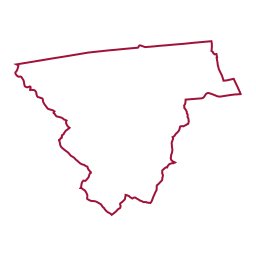 the district of Straja, Suceava, Romania
{"feature_id": "2599482B93215952013067", "entity_name": "Straja", "entity_type": "district", "adm_level": 2, "iso_a3": "ROU", "parent_name": "Romania", "parent_adm1": "Suceava", "projection": "orthographic", "projection_center": [25.518, 47.9], "detail": "fine", "context": "isolated", "style": "outline", "palette": "rose", "viewbox_px": 256, "rotation_deg": 0, "n_neighbors": 0, "source": "geoboundaries", "source_scale": "gbopen_adm2", "svg_char_len": 5679}
<svg xmlns="http://www.w3.org/2000/svg" viewBox="0 0 256 256"><path d="M236.3,84.4L233.7,78.8L230.6,79.5L226.6,80.4L223.5,80.7L223.1,79.2L222.3,76.6L221.9,75.4L221.0,73.7L218.7,68.8L218.2,66.2L217.9,65.9L217.7,64.4L217.5,62.5L216.6,57.6L217.1,57.4L216.4,54.0L214.5,54.3L213.9,53.5L213.4,53.4L213.2,52.9L212.8,51.9L211.5,51.1L211.9,46.5L211.8,43.3L211.4,41.2L193.5,42.8L183.7,43.8L175.0,44.5L167.4,45.2L166.2,45.3L159.6,45.8L153.9,46.4L145.1,47.1L140.4,45.4L139.4,45.5L137.9,47.7L127.7,48.6L117.2,49.6L113.0,50.0L109.4,50.3L96.3,51.7L88.0,52.6L79.1,54.1L64.7,56.5L54.5,58.1L21.9,63.5L16.5,64.4L17.3,64.8L18.1,65.4L18.4,65.7L18.4,65.9L18.3,66.4L18.0,67.3L17.6,68.7L17.2,69.9L16.3,71.4L15.4,72.4L15.4,73.2L15.5,73.8L15.7,74.1L16.6,75.3L17.5,76.1L18.3,76.6L18.8,76.7L20.6,76.6L20.9,76.7L21.3,76.9L22.4,78.6L23.1,79.6L23.5,80.3L23.7,81.0L23.9,81.9L24.5,85.4L24.9,86.3L26.0,87.0L26.6,87.2L27.2,87.3L27.4,87.2L27.9,87.2L28.5,87.0L29.5,86.5L30.0,86.5L30.4,86.7L30.6,87.3L30.5,88.1L30.1,89.5L30.1,89.8L30.1,90.0L30.4,90.1L31.0,89.9L31.7,89.8L32.3,90.0L33.2,89.9L34.6,90.3L35.5,91.2L36.1,92.1L36.3,93.0L36.5,94.5L37.2,96.4L38.0,97.1L39.2,97.4L42.2,98.4L42.7,99.0L42.9,100.2L43.1,101.5L43.6,102.8L44.3,104.0L46.7,107.3L48.1,108.9L49.3,109.3L51.2,109.8L53.2,110.5L54.5,111.4L53.5,112.9L53.7,113.2L54.6,113.8L55.8,115.6L56.6,116.4L57.1,116.5L58.1,116.7L59.6,117.1L61.4,117.6L62.3,118.1L63.0,118.6L63.7,119.2L64.0,119.5L64.4,119.7L65.1,119.8L65.8,120.2L66.6,120.6L66.3,121.2L66.1,121.7L66.1,122.4L66.0,122.8L66.1,123.1L66.6,124.4L67.0,125.2L67.2,125.5L67.7,126.3L68.3,126.8L68.9,127.4L69.4,127.7L69.6,127.8L69.5,128.0L68.6,128.6L68.0,129.0L67.6,129.5L67.0,129.9L66.1,130.4L65.6,130.9L65.2,131.5L64.5,132.5L64.2,132.9L64.0,133.2L64.0,133.3L63.9,133.7L63.8,133.9L63.6,134.1L63.4,134.3L63.0,134.7L62.5,134.8L62.2,135.0L61.9,135.5L61.9,136.3L61.9,137.3L61.8,137.5L61.6,137.4L61.3,137.5L61.1,138.2L60.9,138.4L60.7,138.5L60.4,138.6L60.3,138.8L60.0,139.4L59.8,139.7L59.3,139.9L59.0,140.0L59.0,140.4L59.2,140.8L59.6,141.7L59.9,142.9L60.1,144.3L60.3,145.2L60.6,145.9L61.0,146.7L61.6,147.3L62.1,147.9L63.7,149.2L64.5,149.9L66.3,151.2L67.9,152.4L69.0,153.5L69.8,154.5L70.2,155.0L70.7,155.6L72.3,156.6L73.7,157.4L74.6,158.2L75.5,159.3L77.2,160.7L78.1,161.5L80.1,163.3L81.9,164.3L83.4,164.7L84.1,164.9L84.6,165.2L84.9,165.5L86.0,166.1L86.4,166.3L87.0,166.5L87.4,166.7L87.5,167.0L87.8,168.0L88.0,168.8L89.1,170.3L89.6,170.8L89.9,171.3L90.5,172.0L90.8,172.1L90.9,172.4L90.9,172.8L89.9,173.5L89.7,174.0L89.4,174.5L88.8,176.7L88.7,176.9L88.5,177.3L87.8,178.2L87.1,179.1L86.6,179.6L86.0,180.3L85.5,180.8L85.2,180.8L84.8,180.8L83.4,180.6L82.5,181.7L82.1,182.3L81.9,182.8L81.6,183.7L81.1,187.0L81.0,187.4L80.6,188.0L80.8,188.0L81.2,188.1L81.8,188.3L82.3,188.7L83.0,189.3L83.5,189.6L84.3,190.1L85.0,190.7L85.4,191.2L85.9,192.0L86.2,192.5L87.1,194.5L87.3,195.0L87.3,195.6L87.3,196.8L87.1,198.5L87.2,198.9L88.1,199.5L88.6,199.8L89.4,200.2L90.2,200.6L90.7,200.8L91.2,200.9L92.0,201.0L93.7,201.1L94.6,201.2L95.1,201.3L95.8,201.5L96.5,201.8L97.7,202.4L98.6,203.0L99.5,203.4L100.6,204.1L101.3,204.7L101.4,204.9L102.7,206.9L103.5,207.6L104.0,208.0L104.8,209.3L105.4,210.0L106.1,210.8L107.6,212.1L109.2,212.9L109.8,213.3L110.7,213.8L111.3,214.4L111.7,214.8L111.9,214.6L113.3,213.7L113.9,213.1L114.3,212.9L115.6,211.8L116.5,210.9L117.2,210.2L117.9,209.4L118.4,208.9L118.6,208.8L119.5,208.5L119.9,208.2L120.2,207.6L120.5,206.9L120.6,205.8L120.4,205.4L120.3,205.1L120.1,204.5L120.1,204.1L120.1,203.8L120.3,203.4L120.6,203.1L121.1,202.8L122.0,202.1L122.5,201.7L122.9,201.4L123.3,200.9L123.5,200.6L124.0,200.2L124.5,199.7L124.8,199.4L124.9,199.1L125.0,198.8L125.1,198.0L125.2,197.2L125.5,196.3L125.6,194.9L126.8,195.2L127.1,195.3L127.5,195.4L128.1,195.7L128.4,195.9L128.8,196.0L129.2,196.2L129.4,196.5L129.9,197.0L130.2,197.2L131.7,198.1L132.3,198.5L132.7,198.3L133.6,197.8L134.3,197.5L134.9,197.5L135.5,197.7L136.2,198.2L137.2,198.8L138.6,199.6L140.0,200.6L140.7,200.7L141.6,201.1L142.5,201.6L143.9,202.1L144.2,202.1L145.0,202.0L146.1,202.1L146.3,202.2L146.8,202.5L150.4,203.0L151.2,202.0L151.9,200.7L153.1,197.4L155.1,192.8L156.6,190.0L156.6,189.5L156.7,187.9L156.7,186.3L156.8,185.5L157.0,185.2L157.3,185.0L158.1,184.4L158.7,183.8L160.0,182.4L161.9,180.4L162.2,179.8L162.3,179.3L162.3,178.5L162.4,177.7L162.7,176.8L162.8,176.0L162.9,175.5L162.8,174.6L162.5,173.9L162.2,173.5L162.2,173.0L162.3,172.2L162.2,171.3L162.2,170.6L162.4,170.3L163.5,169.3L165.0,168.0L165.6,167.6L166.4,167.2L167.2,167.4L167.8,165.8L169.4,164.1L171.0,163.5L172.1,163.2L173.2,163.3L173.7,162.9L174.8,162.7L175.1,162.5L174.7,162.3L174.0,162.0L172.5,161.2L171.3,160.0L171.1,159.4L170.7,158.4L170.8,157.7L171.1,156.0L171.1,155.1L171.8,153.3L172.3,150.9L172.4,149.7L172.3,149.1L171.9,146.3L171.8,144.2L171.7,143.0L171.8,142.3L171.9,141.9L172.5,140.5L173.0,138.8L173.1,138.3L172.6,137.1L173.1,136.9L174.1,136.2L174.7,135.6L175.2,134.7L175.7,134.0L176.5,133.2L177.2,132.6L177.9,131.9L178.7,130.9L179.5,129.3L179.8,127.8L180.1,126.6L180.4,126.4L182.0,126.1L183.0,126.3L183.4,126.3L186.2,124.9L187.5,124.0L188.2,123.8L188.7,121.8L188.7,120.6L188.5,119.5L188.3,118.1L188.2,118.0L187.7,117.3L187.5,116.9L187.6,116.4L187.7,115.3L187.6,114.4L187.5,114.1L187.3,114.0L186.9,113.5L186.8,112.8L186.8,111.9L186.5,111.1L185.5,109.4L184.7,108.4L184.3,107.9L184.4,107.0L184.1,105.7L184.4,105.1L184.9,104.3L185.2,103.6L185.5,101.9L185.6,99.6L201.9,98.3L202.2,98.2L202.8,97.9L203.4,97.6L204.1,96.9L205.8,94.2L206.4,93.7L207.2,93.2L207.9,93.0L208.3,93.0L209.3,93.2L211.1,93.8L213.6,94.7L217.4,96.3L219.5,96.6L221.0,96.5L227.2,95.5L232.1,94.8L234.6,94.5L237.9,94.3L240.6,94.1L240.5,93.5L238.5,89.1L237.5,86.8L236.3,84.4Z" fill="none" stroke="#9f1239" stroke-width="2"/></svg>